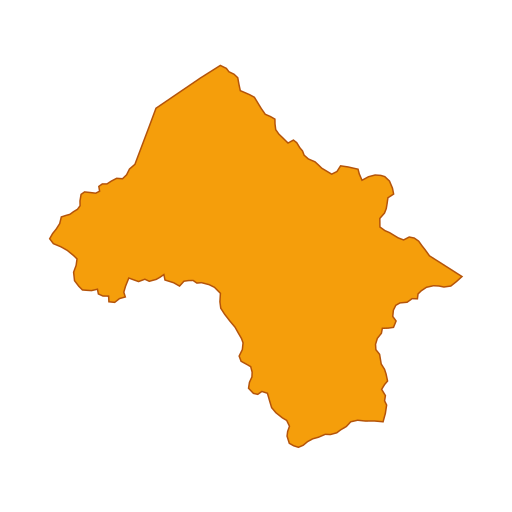 outline of Barra de Santana, Paraíba, Brazil, rotated 6°
{"feature_id": "56859067B28014934647580", "entity_name": "Barra de Santana", "entity_type": "district", "adm_level": 2, "iso_a3": "BRA", "parent_name": "Brazil", "parent_adm1": "Paraíba", "projection": "robinson", "projection_center": [-35.963, -7.568], "detail": "fine", "context": "isolated", "style": "filled", "palette": "amber", "viewbox_px": 512, "rotation_deg": 6, "n_neighbors": 0, "source": "geoboundaries", "source_scale": "gbopen_adm2", "svg_char_len": 2684}
<svg xmlns="http://www.w3.org/2000/svg" viewBox="0 0 512 512"><g transform="rotate(6 256 256)"><path d="M272.2,393.4L276.0,390.1L281.7,391.3L284.9,399.2L287.4,405.2L292.2,409.8L299.1,414.2L303.7,416.3L307.1,421.8L305.8,427.2L305.7,431.9L308.7,438.8L313.3,440.8L318.2,441.8L322.7,439.3L326.7,435.2L331.5,431.9L337.1,429.7L343.5,426.1L348.6,425.8L354.8,423.4L358.4,420.0L363.7,416.1L367.5,411.0L374.2,408.7L381.9,408.7L391.2,407.7L399.7,407.6L401.1,399.1L401.5,390.6L399.0,386.6L399.3,381.3L394.9,375.5L397.3,370.4L399.9,366.6L397.7,359.8L395.7,355.3L391.8,350.3L389.2,340.9L385.0,336.6L384.1,331.3L385.3,325.2L388.8,319.7L389.2,314.7L395.0,313.9L400.2,312.6L402.1,306.0L398.3,301.8L398.3,295.5L400.2,290.4L404.1,287.6L411.1,286.2L415.7,282.1L421.0,281.7L421.1,276.8L424.0,273.3L428.8,269.3L435.6,267.0L441.1,266.7L446.1,267.2L452.9,265.5L458.1,260.4L463.0,254.9L428.5,237.7L423.5,232.1L419.9,228.4L416.2,224.2L411.5,221.6L406.4,221.1L401.1,224.6L395.5,223.1L390.6,220.8L386.4,218.8L381.6,217.3L376.2,214.2L375.2,205.7L379.3,199.9L380.6,195.2L380.9,190.1L381.1,184.3L386.4,180.0L384.6,174.2L380.9,167.5L375.8,163.6L371.7,162.8L366.0,163.0L359.6,165.4L353.5,169.6L350.1,163.5L348.4,159.0L344.0,158.5L338.2,157.8L330.7,157.5L327.7,163.5L322.7,166.7L316.5,163.8L312.2,161.8L308.8,159.1L304.9,156.2L297.9,154.0L293.3,150.7L291.3,146.7L288.2,143.7L284.7,139.1L281.1,136.8L276.0,140.3L271.4,136.6L266.0,132.4L262.4,128.3L261.1,122.7L260.5,117.9L255.8,115.8L250.4,114.1L245.8,108.8L237.8,98.3L232.7,96.2L227.3,94.5L223.1,93.2L221.1,87.1L219.2,80.6L215.1,77.5L209.8,75.6L206.9,72.5L200.6,70.2L182.2,84.7L141.1,119.5L136.2,138.6L126.0,177.5L121.1,182.7L118.8,188.8L115.2,193.1L109.3,193.3L104.3,196.6L100.2,199.9L95.6,200.4L92.4,203.2L93.7,207.9L90.0,210.3L84.5,210.2L78.8,210.2L75.6,213.0L75.2,219.6L75.8,224.4L73.6,228.2L70.0,230.9L66.6,234.0L62.8,235.5L58.3,237.5L57.4,244.3L54.5,250.1L51.4,254.9L49.0,260.4L53.2,264.9L60.9,267.2L67.6,270.1L74.5,274.6L78.3,277.6L78.1,284.1L76.3,291.2L78.1,299.5L82.9,304.6L86.9,307.9L91.4,307.8L96.0,307.6L101.8,305.6L103.2,310.2L107.9,311.8L113.6,311.3L114.5,316.9L120.3,316.9L124.7,312.6L130.3,310.4L128.3,305.8L129.4,299.7L131.8,291.2L136.9,292.5L141.9,293.7L147.9,290.7L152.5,292.3L159.2,289.7L162.7,287.2L166.3,284.1L168.0,289.4L172.0,290.2L176.9,291.2L183.1,293.9L187.0,288.6L191.3,287.5L196.0,286.9L200.0,289.1L204.6,288.2L212.4,289.4L218.0,291.5L224.5,296.8L224.9,305.3L226.4,311.6L230.9,317.2L236.9,323.5L242.6,329.0L246.7,334.8L250.2,339.6L252.2,343.7L252.2,350.5L249.7,357.3L252.2,362.3L257.3,364.4L262.3,366.6L264.3,371.9L264.6,376.7L262.7,382.3L262.4,388.3L267.8,392.9L272.2,393.4Z" fill="#f59e0b" stroke="#b45309" stroke-width="1.5"/></g></svg>